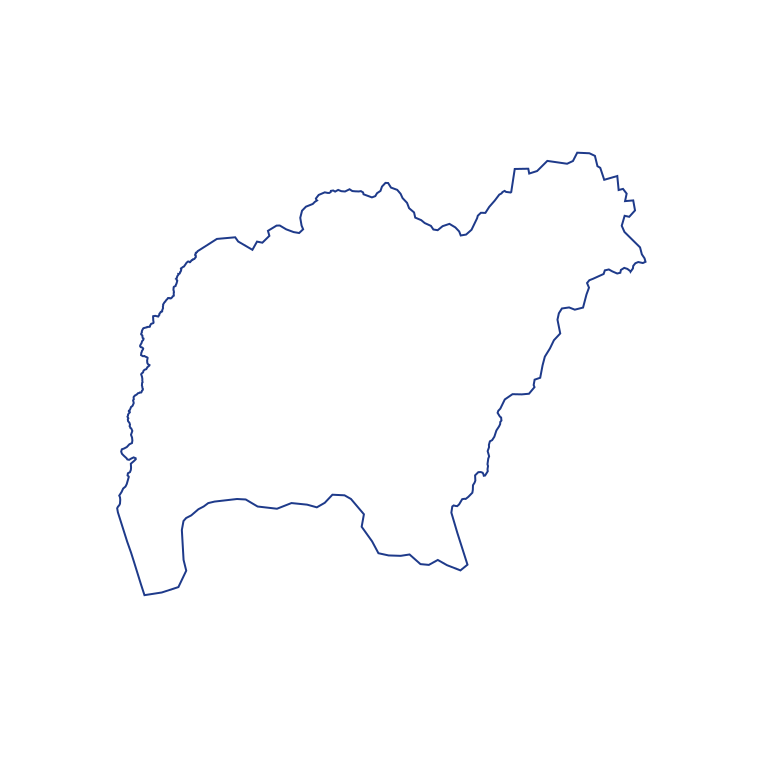 Chelan, Washington, United States of America, rotated 73°
{"feature_id": "52423323B33569460093340", "entity_name": "Chelan", "entity_type": "district", "adm_level": 2, "iso_a3": "USA", "parent_name": "United States of America", "parent_adm1": "Washington", "projection": "albers", "projection_center": [-120.784, 47.904], "detail": "fine", "context": "isolated", "style": "outline", "palette": "blue", "viewbox_px": 768, "rotation_deg": 73, "n_neighbors": 0, "source": "geoboundaries", "source_scale": "gbopen_adm2", "svg_char_len": 6157}
<svg xmlns="http://www.w3.org/2000/svg" viewBox="0 0 768 768"><g transform="rotate(73 384 384)"><path d="M202.5,523.4L203.3,524.4L203.4,525.4L203.5,525.6L204.2,525.7L204.5,526.3L205.3,526.9L205.8,526.9L206.1,526.5L206.6,526.5L207.8,527.0L208.2,527.8L208.8,528.5L209.0,528.9L208.9,530.3L209.5,530.9L209.3,531.4L209.4,531.8L210.3,533.0L210.4,533.7L210.8,533.9L210.8,534.1L209.9,534.9L209.6,535.4L209.6,535.8L210.4,537.5L212.0,539.4L212.4,540.1L213.1,540.7L213.4,542.5L213.8,543.2L214.1,544.4L214.4,544.6L215.1,544.4L215.5,544.5L217.1,545.6L217.2,546.0L217.5,546.4L218.3,546.8L218.6,547.1L218.8,548.0L218.6,548.5L219.3,548.6L220.6,550.3L221.4,550.7L222.3,551.6L222.6,552.1L223.2,551.6L224.1,551.8L224.8,551.5L227.5,553.2L228.1,553.9L229.3,554.6L229.6,556.4L229.9,556.8L232.0,557.7L232.9,557.9L233.8,557.8L234.6,558.1L235.0,558.1L235.3,558.4L236.2,558.7L238.1,559.2L238.4,560.5L239.1,561.1L239.7,562.4L239.8,562.8L239.5,563.2L239.6,563.6L238.9,564.3L238.8,564.7L238.7,565.6L239.4,566.2L239.6,566.6L239.7,567.1L240.9,568.8L241.3,569.1L241.4,569.6L241.9,570.3L243.4,572.0L244.3,572.2L245.5,572.9L246.8,573.1L248.7,574.6L249.5,574.8L249.9,575.4L249.7,576.2L249.9,576.6L250.3,576.8L251.0,578.1L251.3,578.3L252.2,578.6L252.6,579.3L253.5,580.1L253.4,580.4L252.7,581.4L252.6,581.8L251.9,582.9L251.8,584.3L251.6,584.8L252.2,585.2L254.4,585.7L255.3,586.0L257.6,586.3L258.3,586.8L258.4,589.1L259.7,590.6L260.7,591.1L260.8,591.4L260.3,593.4L260.2,593.8L260.5,594.2L260.3,596.0L260.4,596.4L260.3,597.3L260.3,597.7L260.5,598.1L262.1,599.7L263.3,600.4L263.7,600.4L265.1,601.6L265.6,601.7L266.7,601.0L267.2,600.9L268.1,601.2L269.5,601.3L270.0,601.1L270.2,600.7L270.5,600.7L271.6,601.5L272.3,602.8L274.1,604.0L275.1,605.2L276.2,606.1L276.6,606.2L277.5,605.9L277.8,605.6L278.0,605.0L279.3,604.0L279.7,603.9L280.5,604.4L281.6,605.8L282.4,606.2L283.1,606.9L285.3,607.9L286.8,606.6L287.0,606.3L287.1,605.3L287.2,604.9L288.0,604.3L289.0,603.0L289.6,602.5L289.9,602.4L292.6,603.8L293.6,603.9L294.5,604.2L295.7,604.0L296.5,603.6L297.3,602.7L297.7,602.9L298.4,604.4L298.7,605.3L300.3,607.0L300.3,608.4L300.8,609.8L301.5,610.5L302.3,610.9L302.7,611.5L303.0,612.6L303.7,613.4L306.2,613.3L308.6,613.6L309.9,614.1L311.8,614.4L312.2,615.0L314.8,616.0L315.7,615.9L317.1,616.2L318.3,616.0L319.0,616.4L319.4,616.8L319.5,617.3L320.4,617.9L321.1,618.6L321.1,619.1L320.7,620.0L320.8,620.4L321.0,620.8L320.9,622.0L321.7,623.4L322.1,624.9L322.1,625.4L322.6,626.1L322.9,626.9L323.7,627.4L325.6,627.8L326.1,628.6L326.5,628.8L328.3,628.8L329.2,629.0L331.3,630.8L331.7,631.6L332.0,632.6L334.4,634.5L334.7,634.9L334.9,635.7L335.3,636.0L335.6,635.9L336.2,635.3L336.7,635.3L337.0,635.7L337.6,636.8L338.4,637.7L339.3,638.0L340.3,638.9L342.0,638.5L342.8,639.3L344.7,639.6L346.7,638.8L348.7,638.8L349.9,639.6L351.4,639.3L351.8,639.4L352.6,638.7L355.3,638.4L358.6,640.8L361.6,640.6L364.6,641.2L366.8,642.3L367.2,645.1L369.1,648.4L369.7,651.5L369.8,653.8L371.8,655.1L374.1,655.0L376.3,653.9L379.7,651.9L381.1,651.5L382.0,649.9L381.4,647.6L381.0,644.9L382.4,643.2L383.4,643.4L384.4,645.3L386.2,649.4L390.2,650.4L392.1,651.2L394.0,652.7L394.5,655.0L396.5,656.0L397.4,655.4L398.2,655.2L404.5,659.3L406.5,661.2L407.7,664.0L410.6,666.6L413.3,669.8L415.2,669.6L417.7,670.1L421.3,671.5L422.6,672.7L423.5,674.2L424.8,675.5L428.9,676.0L459.7,675.7L471.2,675.2L480.5,675.1L504.2,675.0L515.9,674.8L518.4,657.5L518.1,640.0L504.7,627.7L493.6,627.1L464.5,620.0L456.4,615.8L454.3,612.4L453.3,606.8L449.5,598.1L448.4,592.2L446.5,586.9L446.9,580.4L451.0,558.2L454.0,550.0L464.2,540.7L472.0,522.8L470.8,507.3L476.9,492.8L482.3,484.3L480.3,475.4L474.8,465.7L478.9,454.3L484.3,449.2L502.7,441.3L514.0,447.1L531.0,441.4L544.2,438.8L549.3,429.7L553.2,418.3L554.5,409.4L566.9,401.8L570.1,394.0L568.0,384.0L575.7,376.7L584.6,365.4L581.2,357.0L547.7,357.4L526.7,357.2L521.1,354.5L520.5,352.9L521.5,351.3L522.2,349.7L521.1,347.4L517.0,342.9L517.3,340.6L517.8,339.5L516.6,336.4L513.8,331.3L511.2,330.0L506.8,328.5L504.8,326.2L503.1,324.9L498.0,323.6L495.9,319.6L496.5,317.2L497.7,315.6L499.3,315.3L500.9,315.4L501.1,314.1L497.8,310.3L495.7,309.9L492.9,308.5L491.0,308.5L485.8,306.1L483.9,304.6L478.5,304.5L475.1,302.0L472.9,301.5L469.8,299.5L469.3,297.0L466.7,293.9L461.3,290.1L458.3,286.5L456.4,284.7L454.3,283.9L453.3,282.4L450.3,281.8L449.0,282.7L444.8,283.8L443.0,282.5L441.6,280.0L434.1,273.0L431.3,264.1L434.2,255.3L435.7,248.2L431.0,241.0L428.8,241.2L423.9,238.7L423.7,232.8L412.5,226.9L404.9,222.2L398.5,214.9L391.8,208.7L387.2,200.7L373.2,199.3L367.5,196.1L363.8,191.8L364.9,184.6L368.7,179.8L369.1,171.3L357.6,164.2L351.8,159.8L346.8,160.3L344.8,157.3L344.5,153.4L343.0,141.8L339.9,139.6L340.2,135.5L343.0,132.8L346.5,128.7L346.7,125.5L344.2,124.1L343.2,120.3L345.1,117.6L348.2,115.4L348.7,115.4L346.3,112.2L343.9,111.1L342.0,108.3L341.7,105.2L344.0,101.1L343.6,98.2L340.0,98.1L335.4,99.5L328.2,99.2L308.9,109.6L302.2,110.4L293.5,104.7L295.8,100.6L291.4,93.2L281.3,92.0L279.6,100.0L272.9,96.3L267.3,98.4L267.1,102.9L253.3,100.1L253.1,113.7L240.5,114.0L238.1,116.2L227.5,115.6L223.4,120.1L219.3,131.6L226.0,138.1L226.9,144.5L218.4,162.6L225.1,175.3L225.2,183.6L220.3,183.1L216.6,196.1L237.6,206.2L237.9,206.9L236.0,211.1L234.6,212.2L235.1,214.6L236.1,215.9L236.6,218.4L241.0,224.5L245.4,231.6L250.0,237.0L248.6,241.3L250.5,245.1L252.7,246.5L262.1,255.2L265.1,261.8L264.4,267.2L260.1,267.5L255.1,270.0L250.0,274.6L250.2,281.8L252.6,287.7L250.7,291.6L246.5,292.9L242.0,298.0L238.2,300.5L234.0,305.5L228.7,305.1L223.2,308.6L217.5,309.0L211.6,311.9L207.0,312.5L202.2,314.6L198.2,319.9L193.0,321.3L192.1,323.8L194.6,328.2L198.3,330.9L199.5,334.9L201.8,337.4L202.0,341.0L196.6,348.1L194.7,348.0L192.8,349.7L192.5,351.8L191.2,355.5L190.2,357.9L187.7,360.0L188.5,365.0L187.1,368.5L185.0,371.1L185.7,374.5L184.1,376.0L183.8,378.3L184.8,378.8L185.3,380.5L184.9,381.8L183.4,384.6L184.1,391.2L186.7,394.9L188.3,394.8L188.9,394.4L189.6,396.9L191.0,399.5L191.6,406.8L194.3,411.7L200.6,415.5L208.4,416.5L212.4,416.1L214.8,421.0L212.3,426.0L207.5,432.3L202.0,437.3L201.1,440.4L203.6,450.2L208.8,450.3L213.3,459.0L210.7,463.8L217.2,470.6L205.1,481.8L200.2,483.4L196.4,501.4L202.5,523.4Z" fill="none" stroke="#1e3a8a" stroke-width="2"/></g></svg>